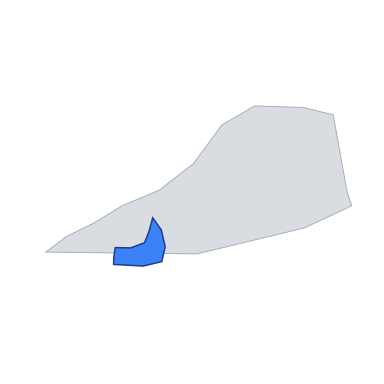 Gamprin highlighted on a map of Liechtenstein, rotated 254°
{"feature_id": "LIE-4897", "entity_name": "Gamprin", "entity_type": "state/province", "adm_level": 1, "iso_a3": "LIE", "parent_name": "Liechtenstein", "parent_adm1": "", "projection": "mercator", "projection_center": [9.505, 47.21], "detail": "fine", "context": "in_parent", "style": "filled", "palette": "blue", "viewbox_px": 384, "rotation_deg": 254, "n_neighbors": 0, "source": "natural_earth", "source_scale": "10m", "svg_char_len": 552}
<svg xmlns="http://www.w3.org/2000/svg" viewBox="0 0 384 384"><g transform="rotate(254 192 192)"><path d="M227.3,349.0L149.3,341.1L134.7,341.8L126.5,290.0L131.2,179.5L174.5,35.0L183.8,58.8L189.2,89.0L198.1,121.2L202.7,160.6L218.9,201.2L248.2,239.2L257.5,275.9L242.7,321.9L227.3,349.0Z" fill="#d9dde1" stroke="#a8b0b8" stroke-width="1"/><path d="M133.4,143.8L134.3,124.5L144.0,96.7L150.8,98.8L159.7,102.9L155.2,117.6L156.3,132.4L165.8,139.7L178.0,147.1L164.1,152.0L146.9,151.2L133.4,143.8Z" fill="#3b82f6" stroke="#1e3a8a" stroke-width="1.5"/></g></svg>